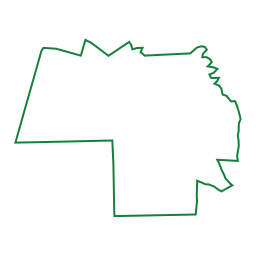 the district of Ramilândia, Paraná, Brazil
{"feature_id": "56859067B17129043800586", "entity_name": "Ramilândia", "entity_type": "district", "adm_level": 2, "iso_a3": "BRA", "parent_name": "Brazil", "parent_adm1": "Paraná", "projection": "albers", "projection_center": [-54.036, -25.1], "detail": "fine", "context": "isolated", "style": "outline", "palette": "green", "viewbox_px": 256, "rotation_deg": 0, "n_neighbors": 0, "source": "geoboundaries", "source_scale": "gbopen_adm2", "svg_char_len": 1047}
<svg xmlns="http://www.w3.org/2000/svg" viewBox="0 0 256 256"><path d="M43.4,47.9L41.4,51.0L35.7,71.2L23.0,115.7L21.3,122.0L15.4,142.6L37.6,142.2L112.3,140.5L113.4,164.0L114.1,204.2L114.4,216.1L195.7,214.5L197.0,201.5L196.8,195.0L197.2,180.7L201.6,182.5L205.5,184.3L208.6,184.4L214.1,186.5L218.6,189.9L221.5,191.4L232.3,185.3L229.9,183.3L227.5,180.7L225.4,178.3L223.8,174.1L221.8,170.3L219.1,163.3L217.3,159.8L237.8,160.9L237.1,156.2L238.0,150.6L238.8,145.7L238.5,140.0L237.8,135.3L238.7,131.1L238.7,127.0L239.0,122.9L240.6,119.2L239.7,115.2L238.2,109.7L237.0,105.9L235.0,101.2L231.0,101.4L226.5,95.8L222.6,94.5L221.4,88.7L218.9,85.5L214.5,83.7L217.0,81.4L218.9,77.8L213.9,78.0L210.9,77.8L209.4,74.5L213.7,72.8L217.4,68.9L213.5,67.3L207.7,66.4L211.7,62.4L210.4,59.5L206.7,57.2L202.3,57.2L202.9,53.8L206.8,49.7L204.9,46.9L201.4,46.3L196.9,47.6L190.2,53.4L144.7,55.6L140.6,52.2L142.5,47.8L137.0,48.0L132.5,49.3L131.2,45.1L129.2,41.9L108.5,55.8L91.5,43.0L85.4,39.9L80.8,55.6L56.0,48.7L43.4,47.9Z" fill="none" stroke="#15803d" stroke-width="2"/></svg>